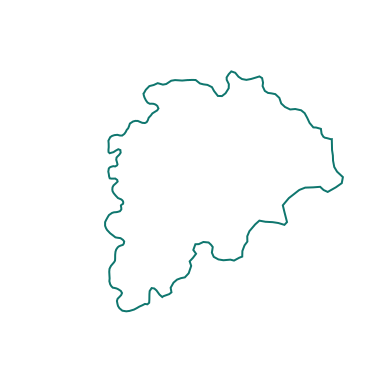 outline of Hlusk, Mogilev, Belarus, rotated 223°
{"feature_id": "67162791B26256964844328", "entity_name": "Hlusk", "entity_type": "district", "adm_level": 2, "iso_a3": "BLR", "parent_name": "Belarus", "parent_adm1": "Mogilev", "projection": "orthographic", "projection_center": [28.734, 52.926], "detail": "fine", "context": "isolated", "style": "outline", "palette": "teal", "viewbox_px": 384, "rotation_deg": 223, "n_neighbors": 0, "source": "geoboundaries", "source_scale": "gbopen_adm2", "svg_char_len": 3413}
<svg xmlns="http://www.w3.org/2000/svg" viewBox="0 0 384 384"><g transform="rotate(223 192 192)"><path d="M294.6,230.9L293.3,229.9L291.2,228.7L288.2,227.6L285.5,227.1L283.1,227.7L281.6,229.2L280.2,230.3L278.3,231.1L276.1,231.3L273.5,230.2L273.1,228.0L273.9,225.1L274.6,222.4L274.3,220.0L274.3,216.8L273.2,214.2L272.8,212.1L273.5,210.3L275.5,208.7L276.8,208.2L280.1,207.0L281.9,205.4L283.2,203.4L284.1,199.7L282.9,197.1L282.1,195.0L282.1,193.0L281.4,190.6L281.1,188.3L281.6,185.6L283.2,184.2L285.6,182.9L287.5,180.7L288.7,178.5L289.2,176.3L288.1,172.5L285.9,170.5L283.5,168.0L281.8,165.8L280.3,164.3L278.7,164.2L276.6,167.6L276.0,170.2L275.1,173.0L273.0,173.8L271.0,172.1L270.6,169.8L270.7,167.7L270.7,165.8L269.4,163.9L267.5,162.8L265.3,161.4L265.0,160.3L265.6,158.3L267.2,157.2L268.4,155.2L268.9,153.9L268.9,152.5L267.1,149.8L265.1,148.4L263.3,146.9L261.5,145.9L260.1,146.8L258.8,148.0L257.3,149.5L254.9,149.8L253.5,148.9L253.6,146.5L253.9,143.3L253.3,141.2L251.9,139.4L250.6,138.4L248.4,137.7L245.3,137.3L242.0,137.1L238.8,138.3L237.3,138.4L236.0,138.1L235.1,137.4L234.4,136.4L234.9,134.3L234.7,133.5L232.8,132.1L231.8,131.0L231.6,128.8L232.9,126.6L233.9,125.3L235.1,124.1L236.2,122.2L237.0,118.5L236.5,116.1L235.7,112.9L235.0,110.7L233.7,109.3L232.5,108.0L230.2,106.9L228.2,106.3L223.7,106.0L219.6,106.4L217.1,106.6L215.5,107.6L212.8,109.5L209.9,109.9L207.9,109.6L206.7,107.8L206.5,106.1L207.4,104.6L208.3,102.7L208.6,100.9L208.2,98.2L207.2,96.1L205.3,93.6L203.0,91.1L201.5,89.3L201.1,87.5L200.9,82.8L200.4,81.0L199.9,79.5L198.1,77.2L195.4,74.6L193.3,72.6L191.6,70.4L188.9,68.7L186.8,68.1L184.7,68.0L183.2,69.0L181.4,70.0L179.5,70.6L176.6,71.1L174.3,70.4L173.5,68.3L173.5,66.0L173.6,63.2L172.6,61.1L170.3,59.4L168.4,58.2L165.8,57.5L162.0,57.7L158.7,59.9L156.6,62.4L154.2,66.5L153.1,69.7L152.3,72.4L151.1,75.2L150.1,78.0L148.0,79.5L147.8,81.8L149.7,84.1L153.5,88.3L155.4,90.7L156.0,94.2L153.8,95.7L150.9,95.8L145.8,94.8L142.1,94.9L141.9,96.2L139.0,101.8L138.6,104.6L142.3,107.4L143.7,113.1L143.2,117.7L141.3,121.5L139.0,124.7L139.0,130.3L142.2,137.4L146.4,139.7L146.4,144.4L146.9,149.6L151.5,150.5L153.9,156.1L151.5,158.5L149.6,163.2L145.4,166.4L142.1,166.4L139.3,165.9L136.1,161.2L131.9,159.4L126.7,160.7L122.5,163.5L117.8,168.7L114.5,170.5L112.6,176.2L111.2,179.0L114.9,183.2L117.2,188.8L117.7,193.5L121.4,197.3L123.3,202.5L123.7,211.4L123.2,217.0L118.0,220.3L112.4,225.0L107.7,228.2L102.0,231.0L102.0,234.8L110.9,240.5L116.5,244.2L117.0,253.6L115.0,266.3L114.6,267.4L112.2,272.4L106.5,278.1L101.8,283.2L97.1,283.2L92.8,284.6L90.0,293.5L88.5,300.6L91.8,305.8L99.8,305.8L105.0,307.3L110.2,311.1L113.9,314.8L118.2,318.2L121.4,321.5L125.8,326.0L126.3,325.4L130.1,323.4L131.9,322.3L133.6,322.0L137.0,323.0L140.8,326.1L145.2,323.8L147.3,322.0L153.1,322.7L158.3,324.8L163.4,326.5L167.9,326.2L173.1,323.1L176.5,319.3L182.0,317.6L187.1,317.6L192.3,320.4L197.8,320.4L201.2,318.3L204.0,316.3L207.7,315.6L212.6,317.6L214.6,320.4L218.4,323.1L221.5,322.5L223.9,318.3L225.9,314.9L228.7,311.1L232.5,308.7L236.6,308.0L241.7,308.7L245.5,307.0L245.5,303.2L244.8,299.4L243.1,297.7L238.6,296.0L235.9,292.9L234.8,287.1L235.5,282.6L238.6,279.9L244.8,280.9L248.9,282.3L253.7,280.9L257.1,278.5L260.2,276.8L265.7,276.4L268.1,274.3L271.8,270.6L275.2,266.8L280.7,262.3L283.1,259.2L284.5,253.4L286.5,250.7L291.3,248.2L293.0,244.1L295.4,240.4L295.5,235.3L294.6,231.6L294.6,230.9Z" fill="none" stroke="#0f766e" stroke-width="2"/></g></svg>